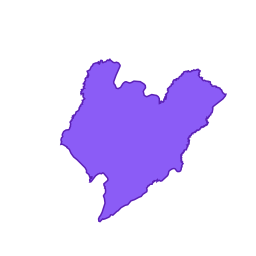 the district of Lumphat, Rôtânôkiri, Cambodia, rotated 220°
{"feature_id": "14789045B80217512950075", "entity_name": "Lumphat", "entity_type": "district", "adm_level": 2, "iso_a3": "KHM", "parent_name": "Cambodia", "parent_adm1": "Rôtânôkiri", "projection": "equal_earth", "projection_center": [107.076, 13.435], "detail": "fine", "context": "isolated", "style": "filled", "palette": "violet", "viewbox_px": 256, "rotation_deg": 220, "n_neighbors": 0, "source": "geoboundaries", "source_scale": "gbopen_adm2", "svg_char_len": 5854}
<svg xmlns="http://www.w3.org/2000/svg" viewBox="0 0 256 256"><g transform="rotate(220 128 128)"><path d="M186.1,169.0L186.3,168.5L186.0,167.4L187.5,166.8L187.6,164.4L188.7,163.2L189.1,162.0L189.7,161.8L191.1,163.0L192.2,162.5L192.2,161.7L191.0,158.7L191.8,158.4L192.6,159.7L193.2,159.7L193.3,158.1L194.3,157.4L195.5,155.3L195.8,154.5L195.2,152.8L195.6,151.6L194.6,148.0L195.8,145.2L193.8,144.2L192.9,142.9L192.7,143.6L191.9,142.9L191.3,141.0L191.5,140.8L192.1,141.6L192.6,141.4L191.9,140.5L192.5,139.6L192.4,138.0L190.9,136.9L191.0,135.5L190.1,134.5L190.8,133.8L190.8,133.3L190.5,133.0L189.7,133.6L188.9,133.4L188.4,132.0L188.9,131.2L188.1,130.4L187.0,130.5L187.3,130.0L187.2,128.5L187.6,128.6L188.3,127.5L187.1,126.9L187.3,125.5L186.9,125.3L186.4,124.2L185.6,123.7L185.7,124.7L184.7,124.8L184.7,125.6L184.3,125.8L183.3,124.6L183.2,123.6L182.8,123.6L182.3,122.9L179.9,122.6L179.9,122.1L180.4,121.4L180.2,120.1L180.7,119.7L179.3,118.9L179.3,117.7L178.3,117.0L179.1,116.1L178.8,115.2L178.9,114.5L178.3,114.1L178.6,113.4L178.3,111.8L177.8,111.7L177.3,110.6L177.4,108.4L178.1,107.2L177.0,104.2L177.5,103.3L177.4,102.4L177.9,102.7L178.1,101.9L177.3,102.0L177.6,100.7L176.8,101.2L176.3,100.4L176.7,99.0L176.0,97.9L176.4,97.3L175.9,96.6L176.3,95.9L176.1,95.2L175.0,94.7L174.0,93.5L173.5,92.4L173.0,92.1L172.9,90.9L172.3,89.9L172.3,88.6L174.2,86.6L175.0,83.9L174.2,80.9L173.8,80.3L172.7,79.7L172.4,79.1L172.6,77.8L171.9,76.1L170.9,75.1L170.2,75.1L168.9,72.3L168.2,73.1L167.0,73.6L162.5,74.3L162.3,73.8L159.2,73.9L155.4,72.0L151.1,70.9L146.5,71.0L135.4,70.0L132.7,69.0L131.2,67.2L128.1,67.2L125.3,65.6L124.9,66.9L124.1,67.3L123.7,66.1L124.0,65.9L124.3,64.0L123.5,63.1L122.7,63.4L122.5,62.2L121.9,62.7L121.8,64.1L122.1,70.6L121.4,73.4L120.4,75.2L119.0,75.8L118.5,77.3L117.6,77.7L111.4,76.6L110.0,75.4L109.9,74.5L110.6,69.7L109.2,68.4L107.7,68.2L107.3,67.0L106.4,67.0L104.9,65.6L103.6,63.8L103.3,60.5L103.0,60.1L100.8,58.9L97.3,55.7L93.7,47.0L92.8,43.4L92.8,41.6L92.1,39.4L90.4,37.9L89.3,38.3L89.0,42.0L87.9,42.5L87.8,43.1L87.3,43.5L85.7,46.6L85.0,48.4L85.5,50.1L85.2,50.7L83.6,51.5L82.9,57.1L82.4,58.2L82.1,62.6L80.5,66.9L78.9,69.1L78.9,74.1L77.0,77.3L75.1,82.0L73.9,84.1L74.0,86.8L72.7,91.3L73.6,92.8L75.2,94.0L75.1,95.4L75.5,96.7L75.4,97.0L74.9,97.1L74.9,99.0L73.4,100.5L73.8,101.2L73.8,102.5L74.2,102.5L74.4,103.0L74.2,103.4L73.7,103.3L73.7,103.8L73.4,104.1L73.9,104.6L72.4,105.9L72.3,106.9L71.5,105.8L71.4,107.1L70.9,107.0L70.5,108.0L69.0,108.2L68.1,109.3L67.1,116.9L67.5,118.5L68.8,120.9L68.8,122.0L68.4,123.7L67.7,125.4L66.7,126.6L65.4,127.0L63.2,126.4L62.0,126.5L60.8,127.5L60.2,128.9L60.7,130.5L61.9,132.3L61.7,133.0L62.7,133.7L63.0,136.2L64.2,136.3L64.5,136.8L64.8,136.2L65.5,136.3L66.0,136.9L65.9,137.3L66.3,137.9L66.7,137.7L66.7,138.0L67.8,138.6L67.7,139.6L68.7,139.6L68.9,140.3L69.1,140.2L69.4,140.6L69.1,140.9L69.3,141.6L69.9,141.5L69.9,142.1L70.2,142.1L69.8,143.5L70.3,143.5L70.3,144.6L69.8,144.9L69.8,145.6L70.0,146.4L70.5,146.4L70.7,147.3L69.3,148.9L70.0,149.9L69.9,150.4L70.5,151.4L70.3,151.9L70.7,152.3L70.6,152.8L71.6,152.9L71.1,153.4L71.5,154.2L71.0,154.9L72.3,156.7L72.5,156.3L73.0,156.4L72.6,157.1L72.8,157.5L73.0,157.1L73.5,157.2L73.8,157.4L73.7,157.9L74.1,157.9L74.2,158.3L74.5,158.0L75.3,158.6L75.1,158.9L75.4,160.0L74.7,161.1L75.7,161.3L75.6,162.0L74.9,162.8L75.2,163.3L75.1,163.9L75.5,164.2L75.5,165.3L75.2,165.7L74.8,165.6L75.0,166.1L74.8,166.7L73.7,167.8L73.7,168.3L74.1,167.9L74.3,168.3L73.7,169.0L73.9,169.2L73.8,170.5L73.5,170.3L73.0,171.5L72.7,171.4L72.0,173.1L72.4,173.5L72.3,174.6L72.6,175.4L72.3,176.2L71.7,176.0L71.6,176.9L71.0,177.1L71.2,177.9L70.7,177.9L70.4,178.5L70.7,179.1L70.2,179.8L70.4,180.4L70.1,181.0L69.7,180.7L69.4,181.6L69.8,182.0L69.9,182.7L70.1,182.5L70.2,183.5L71.1,183.1L71.4,183.4L71.3,183.8L72.0,183.7L72.4,184.7L73.1,184.2L74.0,184.9L74.1,186.0L73.7,185.9L73.3,186.4L73.9,186.9L73.2,186.9L73.0,187.6L73.6,188.8L73.2,189.2L73.5,189.7L73.5,190.5L73.1,191.4L73.5,191.8L73.9,193.0L73.5,193.7L73.7,194.3L75.1,196.8L76.0,198.0L76.3,197.9L76.6,199.0L74.0,211.3L74.1,215.2L74.7,216.8L75.8,215.8L77.1,216.1L78.2,215.9L80.8,217.3L82.2,217.1L83.0,217.6L84.7,217.1L85.3,216.6L86.3,216.5L86.6,216.0L87.0,216.6L87.4,216.6L89.2,215.4L89.5,214.6L90.4,214.1L91.7,214.9L92.7,214.5L94.7,216.2L96.1,215.6L96.1,215.1L96.8,215.2L98.8,213.9L100.0,213.8L100.8,212.7L101.1,212.7L102.4,213.0L103.0,213.5L103.2,214.2L103.6,214.1L103.7,213.4L104.3,213.9L104.6,213.4L105.7,213.0L106.9,213.6L107.7,213.5L108.0,213.8L107.8,214.9L108.5,214.9L108.8,215.2L108.8,215.9L109.2,216.1L109.1,216.9L109.4,218.1L110.2,218.1L110.3,217.7L110.6,217.6L112.1,218.0L112.4,217.5L112.3,217.2L112.9,216.9L113.1,215.9L114.1,214.9L114.9,214.9L115.2,213.4L116.1,212.8L116.1,211.5L117.5,210.3L118.4,210.7L118.9,210.0L118.8,209.0L119.9,208.9L121.3,206.8L120.6,204.8L121.2,204.6L121.3,203.8L121.3,203.4L120.8,203.3L120.5,202.4L121.1,201.8L121.5,200.1L121.0,198.2L121.7,197.9L122.6,196.8L122.5,196.3L121.8,196.1L121.9,195.4L122.8,195.5L123.8,194.1L123.3,192.1L122.1,191.0L121.9,190.2L122.4,189.5L123.3,190.0L122.0,188.1L122.6,186.8L122.4,186.3L122.9,183.5L122.3,182.9L121.9,181.9L121.8,182.8L120.6,181.6L120.4,180.2L120.7,178.0L119.7,178.0L119.3,177.0L118.5,176.2L118.8,175.9L119.7,176.3L119.7,175.7L119.2,174.7L117.8,174.9L117.6,174.3L119.0,173.7L118.9,173.0L117.7,171.4L117.7,170.7L117.9,170.2L119.3,170.2L119.9,169.8L119.8,169.3L119.2,168.7L119.0,168.1L119.7,166.9L122.9,170.6L125.0,171.4L127.0,171.3L131.3,168.9L133.7,164.1L135.0,163.6L136.7,163.5L139.8,165.8L140.2,167.2L140.4,170.0L142.1,171.7L144.1,172.0L148.4,171.4L153.6,167.7L154.9,164.5L155.9,163.4L159.2,162.2L159.9,161.4L160.3,159.9L160.4,158.4L159.8,154.9L159.9,154.0L160.9,151.8L162.5,151.0L165.8,152.7L167.3,152.9L168.7,154.2L171.0,160.4L173.8,170.1L174.4,171.0L177.0,171.7L179.1,171.0L180.0,169.6L181.4,168.8L185.0,168.7L186.1,169.0Z" fill="#8b5cf6" stroke="#5b21b6" stroke-width="1.5"/></g></svg>